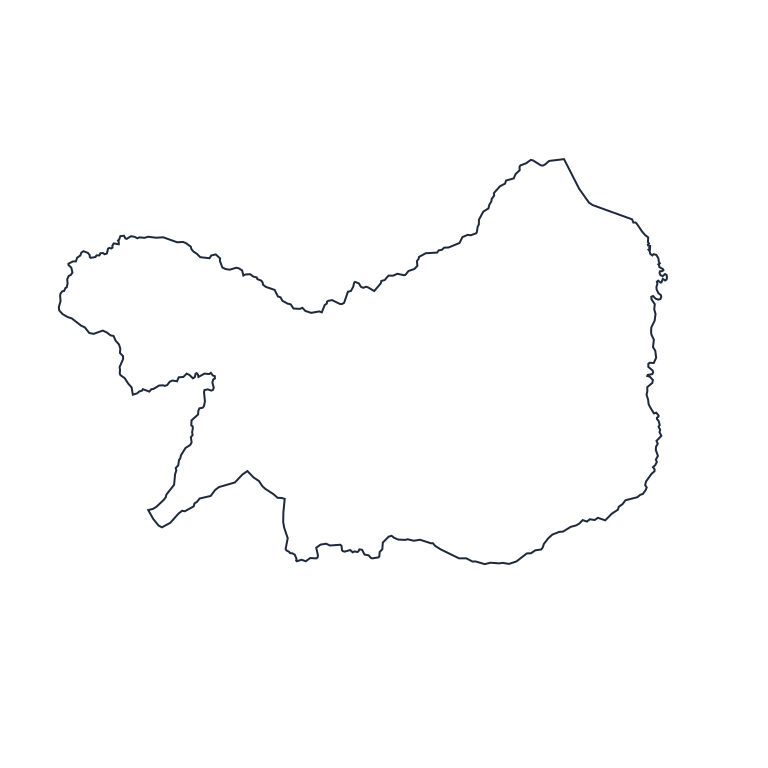 outline of Pangua, Cotopaxi, Ecuador, rotated 167°
{"feature_id": "8360857B45229230453028", "entity_name": "Pangua", "entity_type": "district", "adm_level": 2, "iso_a3": "ECU", "parent_name": "Ecuador", "parent_adm1": "Cotopaxi", "projection": "natural_earth1", "projection_center": [-79.148, -1.101], "detail": "fine", "context": "isolated", "style": "outline", "palette": "slate", "viewbox_px": 768, "rotation_deg": 167, "n_neighbors": 0, "source": "geoboundaries", "source_scale": "gbopen_adm2", "svg_char_len": 6118}
<svg xmlns="http://www.w3.org/2000/svg" viewBox="0 0 768 768"><g transform="rotate(167 384 384)"><path d="M680.5,537.6L683.6,531.9L683.9,528.7L681.4,524.3L677.0,520.3L673.5,518.2L666.0,509.0L662.8,506.5L659.7,500.0L655.7,498.2L646.0,499.3L642.4,496.5L639.6,493.0L636.7,491.6L635.8,486.6L633.3,482.1L633.0,477.7L634.3,473.7L632.0,469.8L632.6,467.0L637.8,460.0L638.0,457.2L639.1,453.7L638.8,451.9L635.4,448.1L633.1,441.8L630.7,437.5L631.1,430.1L626.7,430.4L624.0,431.8L621.2,432.0L620.1,433.2L614.4,429.4L611.8,431.3L609.9,431.0L603.5,433.1L599.4,432.4L598.2,431.5L595.5,431.7L592.3,434.4L589.4,435.0L585.1,433.2L582.5,436.7L577.9,436.0L573.9,438.5L571.4,436.4L568.9,432.5L566.7,433.4L565.3,436.4L564.1,436.7L563.2,435.1L563.2,432.6L556.6,434.5L552.0,433.0L550.2,433.8L548.9,430.8L547.1,429.7L547.5,427.5L549.4,426.8L550.9,424.0L550.7,418.6L552.0,416.7L553.7,416.4L556.9,418.4L560.2,418.5L561.2,416.6L562.4,407.3L564.4,403.0L565.9,401.7L569.4,401.8L570.9,399.7L572.0,396.1L579.7,391.9L581.1,387.0L580.0,385.8L580.2,383.9L581.8,380.2L582.0,377.2L584.1,375.7L584.6,370.4L586.5,368.2L591.8,366.3L597.8,360.3L599.4,357.1L600.8,356.1L602.8,351.0L605.8,349.0L605.9,346.3L607.8,343.2L611.2,333.0L621.0,325.1L622.0,322.9L624.7,320.6L633.5,315.5L637.3,314.3L642.1,314.2L639.2,304.4L635.5,296.8L632.6,294.3L623.5,296.8L613.3,304.0L609.2,305.9L606.7,304.8L596.9,307.6L595.5,310.3L592.8,311.2L589.4,313.9L578.1,313.9L572.4,318.7L568.0,320.7L551.4,321.6L542.4,327.6L536.7,329.9L532.2,322.4L527.7,317.6L525.5,311.8L523.3,308.6L516.4,301.4L513.2,297.0L509.3,296.0L506.6,294.4L511.0,281.3L513.3,272.0L513.6,266.6L512.5,255.4L517.0,245.3L516.5,243.8L514.3,241.9L513.5,240.3L511.3,239.6L509.3,237.7L508.6,233.2L509.3,231.8L508.9,230.9L503.9,231.3L500.1,228.9L495.1,231.0L489.1,229.3L487.8,229.9L486.9,231.6L486.9,239.7L481.9,241.8L476.3,241.4L473.0,238.8L462.7,237.2L461.8,235.8L462.3,231.6L461.8,230.5L460.1,229.5L454.3,229.8L452.3,227.0L450.3,227.5L447.9,226.3L446.5,226.7L445.2,228.4L442.7,227.4L441.3,222.2L437.5,220.5L436.0,217.6L434.6,216.7L428.4,216.3L427.4,217.0L426.0,221.3L422.8,223.4L420.8,229.8L413.8,234.2L410.8,234.4L408.6,231.7L405.1,229.2L398.3,227.3L395.9,227.4L390.3,224.6L383.9,224.1L374.0,218.2L372.2,217.9L370.5,214.7L366.2,210.3L350.2,197.3L343.0,195.6L337.7,191.1L334.7,190.5L326.3,185.8L320.4,185.9L312.1,183.3L308.8,183.1L302.7,180.6L294.9,181.3L282.9,186.8L278.9,186.0L274.0,187.9L268.1,187.4L266.1,189.0L264.3,192.1L258.7,196.7L253.8,199.4L246.6,200.5L242.8,199.9L234.2,202.8L228.7,203.0L225.0,204.1L221.0,206.7L217.2,204.3L213.9,205.9L209.3,204.1L205.7,205.5L199.1,201.4L191.2,206.4L184.4,208.9L182.8,211.6L178.6,213.3L174.9,216.4L162.6,216.7L159.2,218.4L156.5,218.6L152.7,222.0L151.3,224.1L152.3,226.7L150.6,230.1L143.4,236.4L140.1,238.1L139.5,240.0L140.6,242.5L138.0,243.9L135.7,246.6L136.1,249.2L133.3,252.3L134.0,258.7L133.0,261.8L130.7,264.2L131.3,267.3L125.4,271.1L126.4,275.1L125.2,277.3L126.1,280.7L124.6,281.9L124.6,282.8L124.7,286.0L125.9,288.5L125.7,289.7L123.9,290.5L123.5,291.4L125.2,294.8L127.6,294.6L130.0,301.8L130.7,304.9L130.2,309.2L130.6,314.5L129.1,317.5L128.2,321.7L122.3,324.7L121.1,327.4L123.4,331.4L125.7,332.6L125.0,333.5L120.3,333.3L119.2,334.7L119.2,336.7L122.6,341.2L121.9,344.2L120.4,344.9L116.4,343.8L112.9,348.4L112.2,355.3L113.6,359.4L111.1,366.4L112.3,371.9L112.1,374.5L110.8,379.0L106.0,384.9L103.7,391.1L103.9,396.0L102.2,400.9L104.3,406.3L103.9,408.9L102.1,409.2L100.2,406.1L97.8,404.5L95.6,404.6L94.2,406.6L94.2,408.2L96.2,410.8L97.1,414.7L96.7,417.4L95.0,420.2L95.1,422.3L93.6,423.0L91.7,420.6L90.9,420.6L88.6,423.7L86.8,421.6L85.1,422.3L84.3,424.3L84.1,426.6L85.4,427.9L88.1,426.4L90.1,427.8L90.6,429.9L89.9,431.7L87.4,431.4L86.1,432.1L86.3,433.1L89.4,436.0L89.2,437.8L89.8,438.9L88.1,439.6L88.7,441.3L88.4,444.9L89.6,448.5L92.2,449.9L93.6,448.9L95.3,450.9L95.3,453.7L96.0,455.3L95.1,455.3L95.0,456.2L94.5,455.7L93.6,458.7L95.4,459.4L95.6,460.3L94.2,461.4L94.9,462.9L93.6,467.4L96.0,470.3L98.2,474.4L101.9,483.9L102.9,484.9L104.7,485.2L105.2,488.6L140.6,511.5L143.5,514.7L149.9,530.2L158.0,562.6L172.9,564.2L178.1,561.5L180.2,561.1L182.0,561.8L188.6,568.4L190.6,569.3L195.9,567.1L201.9,566.3L203.1,565.1L203.7,561.8L208.5,559.0L211.4,555.1L219.3,554.8L221.0,552.0L226.5,550.6L233.4,545.7L234.1,545.0L234.2,542.9L237.5,540.0L238.3,537.8L241.1,534.9L242.7,531.6L248.5,529.6L254.5,522.8L255.7,518.1L257.4,516.1L259.4,511.0L260.4,510.1L266.1,509.4L268.9,510.5L274.5,509.5L278.7,504.4L290.4,502.5L294.7,503.3L297.6,501.7L300.6,501.9L302.7,500.1L313.9,502.0L321.2,500.0L322.1,498.2L324.3,496.3L324.9,491.6L328.6,489.2L334.7,488.6L338.6,485.5L340.3,485.6L346.2,488.4L350.8,487.5L355.2,488.6L360.0,485.1L363.4,485.0L364.5,482.8L372.6,476.8L377.9,481.8L379.6,482.8L382.6,482.4L384.7,484.0L385.8,487.6L389.2,490.0L390.3,489.4L392.1,485.7L395.3,482.1L398.4,482.0L404.6,472.1L406.9,471.4L408.8,471.8L415.7,477.4L419.5,477.6L420.9,477.1L421.7,475.2L424.1,474.2L428.5,467.8L430.8,469.3L439.0,469.7L444.2,472.9L446.4,476.6L449.0,476.1L455.2,477.9L457.0,482.6L460.0,484.1L464.2,487.9L465.3,491.7L467.7,493.2L469.4,500.3L477.3,505.2L479.6,508.0L479.4,510.0L480.2,512.2L483.8,514.7L484.0,516.4L487.2,518.1L489.7,521.1L494.5,521.9L496.6,521.3L496.7,526.6L499.5,529.4L501.7,530.5L508.7,530.1L512.6,531.7L515.3,533.9L516.2,540.8L515.5,543.3L518.8,548.1L523.4,548.1L525.7,545.8L534.5,548.9L537.0,552.9L540.1,556.2L541.3,558.8L541.4,561.3L545.2,565.7L547.8,567.6L553.6,568.6L566.1,576.6L573.2,577.8L580.6,580.5L584.5,580.3L589.3,581.9L591.6,581.5L593.9,583.5L597.3,584.9L602.1,583.3L603.3,584.1L604.0,586.9L607.6,587.4L609.8,584.0L610.9,583.7L610.5,581.8L611.0,579.8L615.8,581.8L617.7,579.6L617.8,578.0L619.3,577.4L620.9,578.4L622.4,578.0L624.6,573.6L625.4,573.4L627.1,573.3L628.3,574.8L630.9,575.2L632.4,573.3L635.2,574.0L636.6,572.6L641.3,572.9L642.1,573.8L641.8,575.8L643.1,578.4L646.9,581.0L649.3,580.1L651.0,577.5L654.6,576.1L656.6,572.8L659.6,573.4L664.4,572.2L664.7,571.0L662.5,567.7L662.5,562.7L664.6,560.7L666.9,560.2L669.1,557.3L669.7,553.1L671.4,549.6L672.8,549.2L674.8,546.6L676.6,546.7L678.7,545.1L679.7,542.9L680.5,537.6Z" fill="none" stroke="#1e293b" stroke-width="2"/></g></svg>